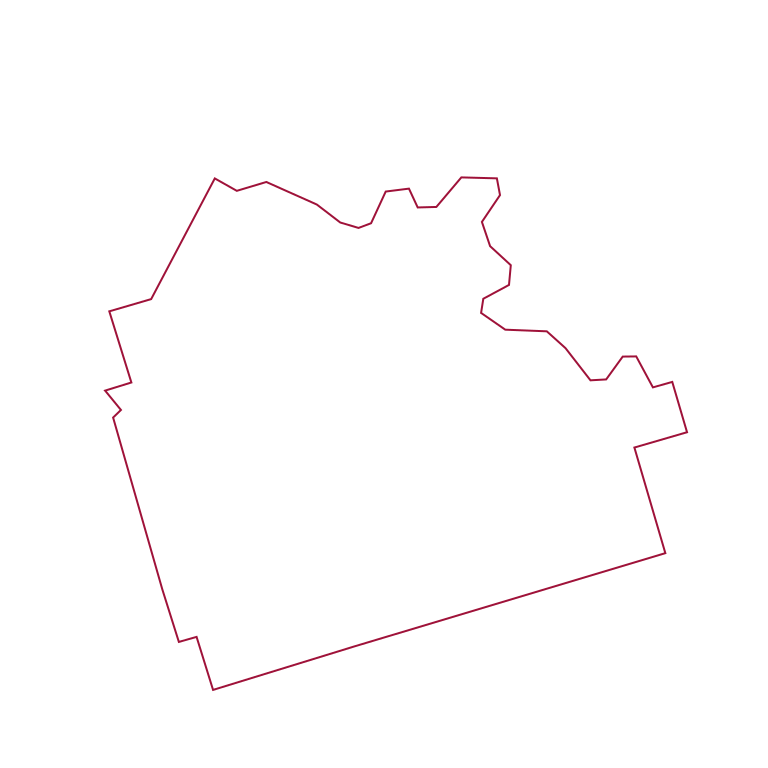 the district of Izard, Arkansas, United States of America, rotated 162°
{"feature_id": "52423323B90005102118407", "entity_name": "Izard", "entity_type": "district", "adm_level": 2, "iso_a3": "USA", "parent_name": "United States of America", "parent_adm1": "Arkansas", "projection": "albers", "projection_center": [-91.982, 36.064], "detail": "fine", "context": "isolated", "style": "outline", "palette": "rose", "viewbox_px": 768, "rotation_deg": 162, "n_neighbors": 0, "source": "geoboundaries", "source_scale": "gbopen_adm2", "svg_char_len": 694}
<svg xmlns="http://www.w3.org/2000/svg" viewBox="0 0 768 768"><g transform="rotate(162 384 384)"><path d="M168.7,136.2L165.5,246.2L110.7,244.5L109.2,296.9L129.3,297.7L135.6,332.3L148.5,336.3L171.3,319.7L186.5,323.7L200.3,362.0L212.9,383.8L251.9,398.2L269.7,421.6L263.2,434.4L234.5,439.6L226.7,457.8L240.5,482.3L240.8,507.9L215.3,527.8L213.1,544.7L246.6,556.6L279.5,536.2L297.4,541.5L299.9,562.1L322.9,566.5L346.6,540.9L360.0,540.3L375.7,551.1L392.4,575.4L433.5,612.5L464.3,613.2L481.4,631.8L579.2,536.7L622.8,538.0L623.8,463.5L651.3,463.9L642.2,440.6L652.0,435.8L658.3,257.2L658.8,202.1L640.4,201.4L641.1,145.9L493.9,143.6L168.7,136.2Z" fill="none" stroke="#9f1239" stroke-width="2"/></g></svg>